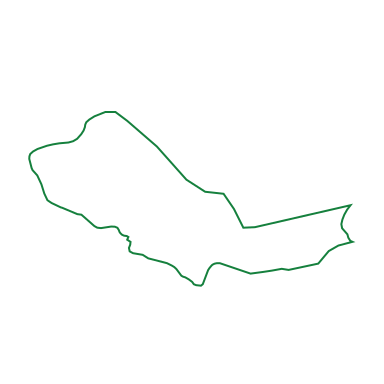 Tougué, Equal Earth projection, rotated 78°
{"feature_id": "GIN-5658", "entity_name": "Tougué", "entity_type": "Prefecture", "adm_level": 1, "iso_a3": "GIN", "parent_name": "Guinea", "parent_adm1": "", "projection": "equal_earth", "projection_center": [-11.475, 11.52], "detail": "fine", "context": "isolated", "style": "outline", "palette": "green", "viewbox_px": 384, "rotation_deg": 78, "n_neighbors": 0, "source": "natural_earth", "source_scale": "10m", "svg_char_len": 1359}
<svg xmlns="http://www.w3.org/2000/svg" viewBox="0 0 384 384"><g transform="rotate(78 192 192)"><path d="M237.9,39.7L241.5,43.9L245.8,47.7L250.2,50.6L254.5,52.6L258.7,52.7L265.7,48.8L269.2,48.6L272.7,47.3L274.1,45.4L274.8,59.9L278.2,70.5L288.3,83.4L288.3,101.2L288.3,113.7L285.8,120.2L285.5,130.3L285.0,138.7L284.0,151.7L267.4,179.6L266.8,182.7L266.8,184.8L267.2,186.5L267.7,187.7L268.5,188.8L270.1,190.8L271.8,192.5L284.4,200.6L285.5,202.7L284.0,207.3L282.6,209.4L280.0,210.5L276.8,213.3L274.1,216.3L273.0,218.3L271.7,219.8L264.1,223.3L261.8,224.9L259.8,227.0L256.4,231.3L247.8,248.6L243.2,253.3L239.6,262.4L237.1,265.3L233.6,265.3L230.7,263.4L228.0,262.5L225.2,265.3L222.8,263.6L221.5,265.0L220.6,267.5L219.3,269.3L217.4,270.6L216.0,271.2L214.0,271.5L211.5,272.4L209.9,274.7L209.0,278.2L208.4,288.5L207.2,292.1L205.0,294.6L191.2,304.9L189.8,308.8L180.4,322.3L179.8,323.5L173.6,331.6L170.0,335.1L162.8,336.8L153.2,337.7L143.6,339.9L137.5,343.4L135.2,343.9L125.8,344.3L123.3,343.6L121.2,342.3L119.3,339.0L117.8,334.1L116.6,324.2L116.5,318.0L116.8,311.6L117.9,302.6L117.6,297.7L116.1,293.3L112.4,288.3L109.4,285.3L106.3,283.3L103.9,282.4L101.8,280.9L99.8,277.4L97.7,271.7L95.7,260.2L97.8,250.3L108.9,240.6L140.2,216.9L178.8,194.9L194.5,179.1L200.3,161.5L217.3,154.5L237.6,149.2L239.5,137.8L237.9,39.7Z" fill="none" stroke="#15803d" stroke-width="2"/></g></svg>